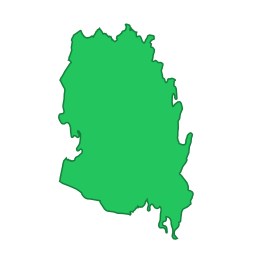 the district of Khueang Nai, Ubon Ratchathani, Thailand, rotated 9°
{"feature_id": "78962969B53843894675562", "entity_name": "Khueang Nai", "entity_type": "district", "adm_level": 2, "iso_a3": "THA", "parent_name": "Thailand", "parent_adm1": "Ubon Ratchathani", "projection": "equal_earth", "projection_center": [104.546, 15.396], "detail": "fine", "context": "isolated", "style": "filled", "palette": "green", "viewbox_px": 256, "rotation_deg": 9, "n_neighbors": 0, "source": "geoboundaries", "source_scale": "gbopen_adm2", "svg_char_len": 5760}
<svg xmlns="http://www.w3.org/2000/svg" viewBox="0 0 256 256"><g transform="rotate(9 128 128)"><path d="M115.2,28.6L114.2,27.8L113.7,26.5L113.5,26.3L111.4,25.8L110.1,25.8L109.4,26.0L109.3,26.3L109.4,26.7L110.2,27.4L110.4,28.0L110.5,29.8L110.0,31.7L109.6,32.2L107.6,33.3L106.9,34.5L106.8,35.5L105.8,36.4L105.5,37.1L103.0,38.9L102.7,39.7L102.6,41.1L103.4,41.8L103.5,42.6L103.1,43.2L101.7,44.6L101.3,44.7L99.7,43.8L99.0,43.1L98.8,43.3L98.5,43.0L98.2,43.2L98.1,42.7L96.8,40.5L96.5,40.7L95.4,40.3L94.7,41.1L93.3,39.8L93.0,39.8L92.1,39.2L91.4,38.3L90.8,38.6L90.1,38.3L88.9,39.0L86.5,36.2L84.9,34.8L84.3,34.0L83.4,35.3L82.5,35.8L82.5,36.3L82.1,37.2L81.5,37.7L80.8,40.2L80.4,40.8L79.8,42.4L79.6,43.5L79.2,43.5L78.3,42.8L78.0,42.8L76.5,44.2L74.4,45.2L73.1,45.4L71.8,45.2L71.0,44.8L69.5,43.7L68.2,42.3L67.2,40.9L66.4,39.4L65.7,39.2L59.7,45.0L59.7,45.7L59.2,47.3L58.7,48.4L58.5,50.1L59.5,51.4L59.5,54.7L59.4,56.9L60.3,60.4L60.0,61.6L59.3,65.7L58.8,67.1L58.9,69.3L58.6,70.2L59.4,70.3L60.3,70.8L61.7,72.2L60.6,73.7L56.8,82.0L55.2,86.7L54.0,89.2L53.4,91.4L54.2,92.2L56.7,95.8L58.9,98.6L59.6,99.8L59.8,100.5L59.8,104.5L60.4,109.5L60.3,116.1L60.9,118.3L62.3,121.6L62.3,122.4L62.1,123.2L61.5,123.9L58.9,124.8L58.3,125.2L57.9,126.8L58.1,128.8L59.0,130.6L61.4,133.5L62.3,134.0L63.1,134.1L64.4,133.9L66.3,132.3L67.0,132.1L68.2,132.3L69.1,133.0L70.2,134.5L70.9,136.0L71.3,137.3L71.9,140.4L73.4,145.4L73.9,145.9L74.6,145.9L75.0,145.6L75.6,144.3L76.2,143.9L77.6,144.1L79.4,145.2L80.0,145.1L80.7,144.7L81.0,143.9L80.8,142.0L80.5,141.4L79.2,140.4L78.8,139.5L78.8,139.0L79.1,138.7L79.9,138.8L81.9,141.1L82.1,141.6L82.6,145.2L82.8,149.3L82.7,150.8L82.2,152.6L80.6,156.1L80.5,156.7L80.6,157.2L81.2,158.2L81.6,158.4L82.2,158.4L83.1,157.8L84.3,156.3L85.0,156.2L86.0,156.9L86.4,157.7L86.5,158.6L86.5,159.5L86.1,160.3L84.8,161.7L83.8,163.1L83.2,163.7L81.2,165.1L80.5,166.4L80.4,168.1L79.5,168.9L78.9,168.9L78.4,169.4L77.4,169.2L76.9,169.7L75.9,168.9L75.1,169.3L74.5,168.7L73.9,168.4L73.5,168.9L73.1,168.9L72.0,168.0L71.7,167.4L69.8,170.5L69.4,173.9L69.5,175.2L68.9,187.5L69.0,190.5L68.8,191.3L72.1,192.9L80.1,194.6L86.5,196.3L89.4,197.6L92.2,199.2L93.2,201.1L95.4,203.0L96.4,203.6L97.5,204.0L99.3,204.3L101.6,204.0L111.8,204.2L111.8,205.0L112.8,206.5L117.4,211.6L118.7,212.5L119.9,213.0L120.9,213.2L127.6,213.1L129.8,213.6L131.6,213.7L136.4,213.2L143.1,213.0L143.4,213.5L143.8,213.5L144.3,212.4L143.2,210.8L143.2,210.5L143.9,210.1L146.1,210.2L146.2,209.1L147.3,208.2L148.1,206.7L148.2,206.0L149.1,205.8L149.5,205.3L149.6,204.1L149.8,203.6L150.2,203.8L150.4,204.7L150.6,204.9L151.2,204.1L152.6,204.3L153.1,203.9L154.1,203.9L154.7,203.5L156.4,201.1L157.1,197.3L158.0,195.6L158.5,197.3L159.8,199.2L160.1,199.9L160.3,201.3L159.9,204.0L160.0,205.3L160.3,206.2L160.9,206.6L161.7,206.6L162.5,205.6L162.5,205.0L161.9,203.2L161.9,201.9L162.3,200.6L163.3,199.6L163.9,199.6L164.6,199.9L167.0,202.4L168.5,202.9L169.5,202.9L170.3,202.5L171.0,201.9L171.7,200.6L172.0,200.7L172.7,201.3L173.3,202.7L173.6,204.1L173.5,207.8L174.2,213.4L174.0,215.5L173.5,217.5L173.6,219.0L173.8,220.0L174.5,221.1L175.5,221.6L176.7,221.4L178.0,220.9L179.7,221.3L180.2,221.7L181.1,222.7L181.9,225.2L182.3,225.5L182.8,225.4L182.9,224.9L182.8,224.2L182.0,221.1L181.5,220.1L180.9,219.4L180.4,219.0L178.2,218.8L177.8,218.6L177.3,217.9L177.0,216.7L177.2,215.6L177.6,215.0L179.5,214.1L180.0,213.5L180.1,212.0L179.5,210.3L179.6,209.7L180.3,209.5L182.7,210.1L183.8,211.1L185.1,213.1L185.8,216.4L188.1,221.2L188.7,224.0L188.5,227.0L188.7,228.2L189.7,229.6L190.6,230.2L192.3,230.2L193.3,229.7L193.9,229.3L190.5,226.3L190.0,224.0L190.1,222.4L190.3,221.6L192.3,219.0L193.3,217.2L193.5,215.2L193.0,213.3L193.3,213.0L194.2,212.5L194.5,212.0L194.2,207.9L194.1,202.1L194.9,199.9L195.3,199.3L198.8,196.8L200.3,195.2L201.3,193.8L201.9,193.4L201.9,192.7L201.3,190.9L201.2,189.7L202.2,187.1L202.2,185.9L202.6,183.8L202.5,182.5L201.6,181.2L199.5,180.3L197.8,180.1L197.2,179.8L196.9,179.2L196.8,177.4L196.5,176.0L194.7,172.8L187.8,166.3L186.3,165.5L186.0,164.9L186.1,164.4L186.9,163.2L188.0,158.0L188.7,156.4L190.6,152.8L191.2,150.6L191.2,150.1L190.5,149.3L190.9,146.9L191.9,143.0L191.5,137.1L192.3,133.0L192.4,131.5L192.1,128.5L192.5,126.4L192.6,124.5L192.2,123.9L191.3,123.2L190.9,123.1L190.4,123.1L189.3,123.9L188.1,125.7L187.8,126.7L187.7,128.4L187.2,130.5L187.4,134.3L186.6,135.5L184.7,136.1L181.5,135.5L180.6,134.7L180.1,133.5L179.4,132.6L178.4,129.9L178.3,127.1L177.8,124.3L177.7,120.5L176.5,114.1L176.6,112.8L177.5,110.8L177.4,106.7L177.6,105.2L178.7,100.9L178.5,99.6L176.7,95.5L176.0,94.6L175.0,94.0L173.0,94.6L170.4,97.5L169.4,99.6L169.0,99.7L168.7,99.5L167.4,95.4L167.3,93.7L166.9,91.4L166.8,89.5L167.3,87.0L167.5,86.8L167.9,87.0L169.3,88.8L169.4,90.4L170.1,91.8L170.6,92.1L171.2,92.0L171.7,91.5L171.7,91.1L169.6,82.2L168.9,80.7L168.3,79.9L167.6,79.5L166.9,79.3L166.7,79.1L166.3,75.2L166.5,74.4L167.2,73.5L167.1,73.1L166.3,72.6L163.8,72.1L162.9,72.3L161.9,73.0L160.3,73.1L159.8,73.7L159.6,75.3L159.1,76.8L158.7,77.2L158.0,77.0L157.4,76.4L156.8,74.7L156.4,74.1L155.8,73.5L154.4,73.0L153.7,70.5L152.2,67.0L151.9,65.6L152.3,63.6L152.3,62.0L152.6,60.3L152.5,59.6L152.2,59.0L150.4,58.2L147.5,58.6L145.7,57.4L144.6,57.0L142.8,58.3L141.2,57.9L141.1,57.4L141.5,56.2L141.6,54.4L141.4,52.6L142.0,48.4L141.7,46.4L139.8,44.6L138.5,44.6L137.8,44.3L137.9,41.4L137.6,41.1L136.9,40.8L136.4,39.8L136.9,38.6L138.1,37.1L139.7,36.2L139.8,35.8L139.3,33.3L138.5,32.9L134.8,32.8L133.3,33.7L133.1,34.1L132.8,36.0L131.7,38.3L131.2,40.8L130.6,41.4L130.3,41.5L128.6,40.2L127.0,37.2L125.8,35.6L125.2,35.5L124.5,35.5L122.7,36.4L122.1,36.4L121.7,34.7L121.2,33.7L121.7,32.4L121.6,32.0L119.5,32.0L118.7,31.3L117.9,31.0L117.0,30.1L116.2,29.7L115.9,29.9L115.5,31.1L114.7,31.0L114.5,30.7L114.4,30.1L115.2,28.6Z" fill="#22c55e" stroke="#15803d" stroke-width="1.5"/></g></svg>